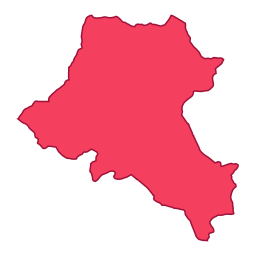 outline of Tarnava, Sibiu, Romania
{"feature_id": "2599482B99258029890199", "entity_name": "Tarnava", "entity_type": "district", "adm_level": 2, "iso_a3": "ROU", "parent_name": "Romania", "parent_adm1": "Sibiu", "projection": "mercator", "projection_center": [24.293, 46.14], "detail": "fine", "context": "isolated", "style": "filled", "palette": "rose", "viewbox_px": 256, "rotation_deg": 0, "n_neighbors": 0, "source": "geoboundaries", "source_scale": "gbopen_adm2", "svg_char_len": 5754}
<svg xmlns="http://www.w3.org/2000/svg" viewBox="0 0 256 256"><path d="M207.4,240.6L207.3,240.1L207.5,239.4L208.0,238.8L208.8,237.7L209.1,236.9L208.7,234.9L208.9,234.2L209.2,233.5L209.7,233.1L210.3,232.9L211.0,232.9L213.2,232.1L213.5,231.9L213.8,231.4L213.8,230.6L213.4,229.0L212.6,227.5L211.1,225.7L209.8,222.9L209.8,222.3L210.0,221.5L211.7,219.1L212.7,218.1L213.3,217.9L214.3,217.1L216.2,216.3L217.4,215.4L217.9,215.2L221.3,215.2L222.9,215.0L224.2,214.6L226.4,214.1L228.0,214.1L230.0,214.3L231.6,214.3L233.4,213.9L233.8,213.5L233.2,211.2L233.0,210.0L233.0,209.6L233.2,208.4L233.1,207.6L232.7,205.4L232.6,202.7L231.2,199.8L230.7,197.5L230.7,196.6L231.7,192.5L232.0,191.8L232.2,191.4L232.1,191.2L232.7,190.1L233.8,188.6L234.3,188.0L235.8,186.9L236.0,186.5L236.0,186.2L235.7,184.3L234.2,183.4L231.6,178.9L231.5,178.4L231.7,177.9L231.7,176.7L231.1,175.0L231.4,174.5L232.4,173.9L233.7,172.2L234.5,170.7L234.8,170.2L235.4,169.8L235.7,169.8L236.3,169.2L236.8,168.6L237.6,167.3L238.0,166.5L238.1,165.8L238.1,165.3L237.9,164.7L236.1,163.8L235.7,163.7L234.4,164.0L232.8,164.0L231.2,163.4L228.2,164.2L222.9,166.1L221.5,166.4L221.2,166.3L220.9,165.9L220.7,163.2L220.5,162.7L220.1,162.4L219.0,161.8L218.2,161.8L217.3,161.9L216.9,162.3L215.0,162.8L213.7,161.7L208.2,157.3L204.7,155.1L202.7,153.4L200.7,151.4L199.9,150.2L198.6,146.7L195.7,140.8L194.5,138.0L193.9,137.0L193.6,136.2L193.4,135.9L193.6,135.8L192.6,134.5L192.3,133.0L189.4,126.5L188.8,124.5L188.2,123.7L187.7,123.8L181.6,115.0L182.1,113.1L182.4,111.7L182.0,109.7L182.0,107.1L182.1,106.7L182.6,105.3L183.9,102.9L184.6,102.1L186.0,100.8L187.8,99.3L189.4,98.1L190.6,97.3L192.2,95.8L193.0,94.5L193.2,93.0L193.6,91.7L193.9,91.4L194.9,91.0L201.3,91.5L206.0,90.7L207.8,90.6L210.0,89.3L212.7,86.6L213.1,86.1L213.4,84.7L213.3,83.1L212.8,80.9L212.5,78.6L212.6,77.0L212.9,76.1L213.7,74.8L214.5,74.2L216.1,73.4L215.9,72.6L215.7,69.8L215.4,68.7L221.3,63.9L221.9,63.2L222.9,61.0L223.6,59.7L223.1,59.4L222.9,58.9L222.8,58.7L220.8,58.0L218.1,58.1L215.3,57.7L213.4,57.7L213.0,57.8L212.2,58.4L211.1,58.8L210.4,58.8L208.5,58.3L204.7,58.6L203.8,58.2L201.4,56.5L200.6,55.3L199.5,52.9L198.7,51.7L196.8,49.7L193.5,46.5L193.0,45.9L192.8,45.4L190.5,42.4L190.0,41.3L189.8,40.9L190.3,39.0L190.3,38.5L190.2,37.8L190.0,37.4L188.0,34.7L187.7,34.1L186.9,31.6L186.4,31.0L186.2,30.5L185.6,28.6L185.4,27.6L185.5,26.1L185.5,24.7L185.3,23.3L181.8,21.1L179.3,19.7L178.2,18.9L172.7,15.8L171.7,15.4L171.2,15.4L171.1,15.5L169.7,18.3L166.5,22.8L165.8,23.4L164.9,24.9L164.7,25.0L163.2,25.2L162.1,25.6L161.5,26.0L160.9,26.1L160.2,26.0L154.7,24.4L153.3,24.6L152.0,24.1L150.8,23.2L150.2,23.1L147.0,24.8L146.1,25.1L143.9,25.4L142.9,24.9L142.3,24.4L142.0,24.3L140.0,24.5L138.4,24.2L137.0,24.3L136.3,24.6L136.0,24.8L135.6,25.3L134.9,26.5L134.3,26.6L132.6,26.3L130.7,25.7L128.5,24.3L127.4,23.9L124.9,22.3L123.6,22.3L122.5,21.8L121.3,20.5L119.5,18.6L117.7,17.1L116.7,16.5L115.9,16.5L115.1,16.8L113.5,17.3L111.9,17.6L109.3,17.8L105.4,17.0L104.2,17.0L100.1,17.9L99.1,18.0L97.8,17.9L96.8,18.1L96.1,18.1L93.6,17.5L93.3,17.3L91.8,15.4L90.0,15.6L87.8,16.8L86.7,17.7L86.2,18.6L85.8,19.6L85.1,22.0L84.6,23.3L83.2,25.7L83.0,26.1L82.8,27.0L82.2,30.9L81.4,36.2L81.4,37.0L81.8,38.7L82.1,42.0L81.5,43.3L81.2,44.2L81.3,44.7L82.0,47.3L82.0,48.0L81.5,48.4L79.6,49.1L79.0,49.5L78.3,50.1L77.6,51.7L76.7,54.3L76.1,55.7L74.8,57.5L73.9,59.5L73.4,60.9L73.0,62.2L72.4,62.4L72.0,62.9L71.7,63.5L70.8,65.7L68.8,67.3L68.7,67.5L68.8,70.3L68.6,72.9L68.7,74.0L68.6,76.7L68.7,77.8L69.0,79.9L67.4,80.1L66.2,80.8L65.6,81.4L65.2,81.9L64.5,83.8L64.3,84.3L63.9,84.8L59.5,88.3L56.7,90.1L54.4,92.3L52.3,94.0L50.6,95.9L49.7,96.7L48.9,98.2L48.6,99.4L48.9,101.5L38.5,101.5L36.9,101.1L35.7,101.2L34.8,101.7L32.9,104.2L32.2,105.5L31.6,106.1L30.4,106.4L28.4,107.4L27.7,108.1L26.2,108.5L25.5,108.8L23.4,110.7L22.9,112.0L21.6,114.0L19.6,116.4L19.0,117.5L18.7,118.3L18.4,118.7L17.9,118.9L18.9,119.6L21.2,121.6L23.6,123.1L25.2,123.6L27.4,125.2L28.4,126.4L29.4,128.2L31.3,130.0L34.4,132.6L34.8,133.8L35.1,136.2L35.4,137.1L36.0,137.6L37.8,138.7L38.2,139.2L38.1,141.3L37.5,142.6L37.6,143.2L38.1,143.7L39.3,144.2L40.6,145.5L42.7,148.0L43.3,148.4L44.0,148.6L45.3,148.2L46.4,147.6L48.2,146.1L50.6,146.3L55.8,147.1L56.3,147.5L58.1,150.8L59.1,152.2L62.2,155.2L63.3,156.1L66.3,157.9L67.4,158.3L69.2,158.4L71.8,159.0L74.2,159.1L76.2,159.0L76.6,158.6L77.0,157.3L77.3,157.0L79.4,155.4L82.0,154.3L82.3,154.0L83.1,152.8L83.8,152.0L84.3,152.0L85.2,152.2L87.4,151.7L88.8,150.8L90.0,150.2L90.6,149.6L91.0,149.3L91.9,149.4L92.3,149.6L95.1,151.0L96.6,151.9L97.1,152.4L97.4,153.1L97.7,154.3L97.7,154.6L97.6,154.8L96.5,155.9L96.3,156.3L96.1,157.5L95.9,160.8L92.6,162.0L92.0,162.5L91.6,163.0L90.7,163.7L90.7,165.6L90.3,168.5L90.1,169.6L89.9,171.0L90.0,171.3L90.0,171.6L91.3,173.1L91.7,174.0L91.8,174.8L92.3,176.5L92.5,177.5L92.7,179.7L93.8,180.9L94.7,181.3L95.3,181.3L96.1,180.9L97.4,180.0L98.6,178.6L100.3,176.5L101.3,175.4L102.2,174.8L106.9,172.9L110.1,171.2L112.9,171.1L113.6,171.2L114.1,171.4L115.2,172.7L115.3,173.1L114.9,174.3L113.9,176.0L113.8,176.4L113.9,177.1L114.8,178.3L115.4,178.7L117.6,179.2L119.1,179.2L121.6,178.9L124.9,177.6L126.0,177.4L127.1,177.0L127.8,176.5L131.5,174.6L132.6,175.8L133.4,176.4L134.4,177.3L135.2,177.8L136.3,179.0L136.4,178.8L137.4,179.4L146.9,187.4L148.9,189.6L150.7,191.9L151.9,193.3L153.1,195.2L153.6,195.3L154.1,196.0L154.1,196.3L153.7,198.3L154.0,199.6L154.2,199.9L156.6,201.5L157.8,202.2L159.4,202.7L161.3,204.2L161.7,204.7L162.0,205.3L165.0,205.2L170.0,206.8L171.1,206.9L174.2,208.2L178.6,208.7L179.6,209.1L181.2,209.5L183.4,209.8L184.2,210.3L184.5,210.7L185.0,211.9L185.3,214.3L185.5,214.8L188.3,218.9L189.7,220.2L190.1,220.6L190.3,221.1L191.9,225.5L194.4,231.5L196.1,236.2L196.7,237.2L198.7,239.3L202.5,240.3L207.4,240.6Z" fill="#f43f5e" stroke="#9f1239" stroke-width="1.5"/></svg>